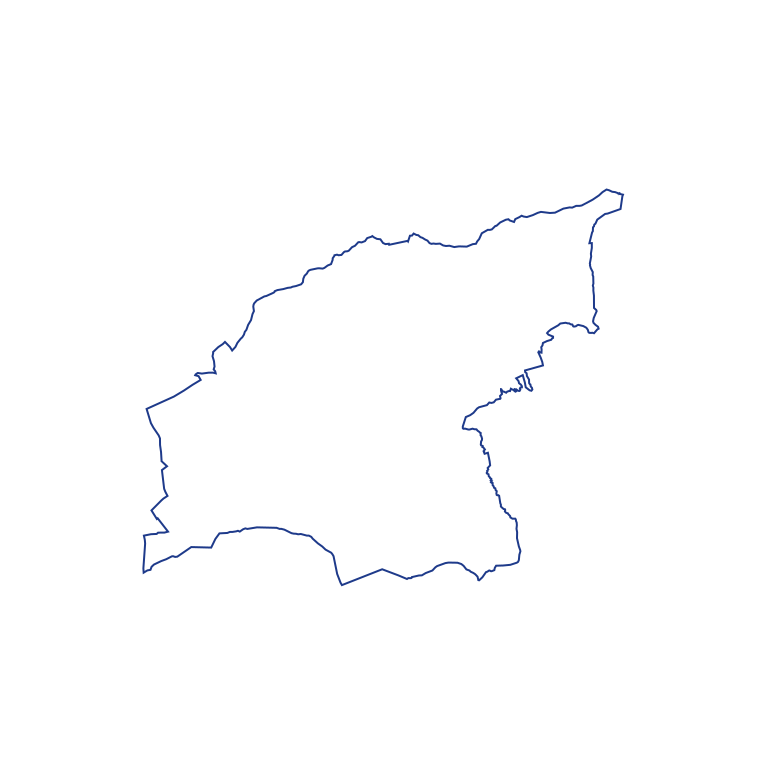 Francesti, Vâlcea, Romania, rotated 117°
{"feature_id": "2599482B2932687396004", "entity_name": "Francesti", "entity_type": "district", "adm_level": 2, "iso_a3": "ROU", "parent_name": "Romania", "parent_adm1": "Vâlcea", "projection": "albers", "projection_center": [24.139, 45.02], "detail": "fine", "context": "isolated", "style": "outline", "palette": "blue", "viewbox_px": 768, "rotation_deg": 117, "n_neighbors": 0, "source": "geoboundaries", "source_scale": "gbopen_adm2", "svg_char_len": 6166}
<svg xmlns="http://www.w3.org/2000/svg" viewBox="0 0 768 768"><g transform="rotate(117 384 384)"><path d="M661.2,512.5L657.5,510.2L655.6,507.7L652.4,508.1L649.3,507.0L642.9,502.1L639.0,498.5L633.9,494.8L633.2,493.8L632.9,491.6L631.7,489.8L616.8,481.7L608.2,463.7L598.6,463.9L591.8,462.8L587.8,455.9L585.8,454.2L584.7,452.0L582.4,448.8L581.1,447.5L581.0,445.5L577.4,443.6L575.6,442.0L575.2,440.0L569.4,432.1L560.9,414.4L560.5,411.2L559.7,409.8L559.0,406.6L558.9,398.7L558.3,396.4L557.4,394.5L556.9,392.3L555.4,390.0L554.1,383.9L553.2,382.1L553.2,379.4L554.2,377.3L556.0,370.6L556.8,365.3L558.1,360.9L558.3,354.4L559.1,352.7L560.3,350.8L574.5,339.5L580.7,332.6L582.3,330.2L549.9,301.5L548.0,284.3L547.3,275.0L545.9,274.2L544.8,271.9L544.2,271.4L543.4,271.5L538.8,266.0L537.3,263.4L533.5,261.0L528.2,256.2L524.0,255.0L522.1,254.0L515.7,248.0L513.8,245.4L509.9,237.4L509.3,233.3L509.9,230.5L511.8,226.4L511.4,223.1L511.9,221.6L511.8,218.6L512.1,216.3L513.2,213.2L515.9,210.9L515.7,210.1L511.6,208.6L505.3,207.7L504.3,206.7L502.5,205.7L502.2,205.2L502.3,203.9L501.9,203.1L499.8,201.2L497.5,201.8L495.0,201.6L491.6,195.4L487.8,189.4L482.9,184.5L481.6,183.8L479.7,183.9L474.6,185.9L471.2,186.5L470.1,187.3L467.5,190.1L461.0,195.5L455.6,198.1L452.9,200.2L449.5,201.5L447.2,202.9L446.2,204.1L444.8,205.1L444.4,206.0L445.7,208.4L445.5,210.8L444.4,211.7L443.5,214.3L443.0,214.9L443.3,216.7L442.7,218.4L441.2,218.8L440.7,219.4L441.1,220.6L440.3,223.7L440.0,224.3L438.4,225.1L437.5,226.2L431.3,230.7L431.2,231.8L431.7,232.5L431.7,233.2L430.5,234.2L428.3,234.9L427.9,236.3L426.4,237.5L426.5,238.8L425.2,240.1L424.9,241.2L422.9,242.3L423.2,243.2L423.0,244.1L421.5,243.9L421.5,245.1L420.2,245.0L419.7,245.4L419.8,246.6L419.1,247.2L418.7,248.7L417.0,249.9L417.0,251.8L416.4,252.2L415.2,252.0L414.6,252.7L412.8,252.3L411.8,253.5L408.3,252.5L404.9,254.8L398.1,260.2L400.5,262.7L398.7,264.7L398.1,264.3L397.5,264.7L396.5,264.4L395.3,267.0L395.5,267.6L394.4,268.0L394.6,269.5L394.1,270.2L391.1,271.4L389.5,271.3L388.2,271.8L386.3,273.6L385.9,274.6L383.8,275.6L383.9,276.1L383.4,277.3L383.1,279.5L382.4,281.0L383.3,283.0L383.6,284.8L385.8,287.2L386.3,288.3L387.0,291.7L387.7,292.5L387.8,293.2L387.6,293.7L386.1,294.5L376.3,296.1L372.7,293.1L369.1,291.2L363.6,289.9L361.6,288.8L356.1,282.7L352.7,281.8L352.1,279.7L350.5,277.9L347.1,277.1L344.4,273.7L343.8,273.7L342.0,275.2L339.3,274.3L336.7,276.8L335.5,277.4L335.4,277.1L336.9,274.8L336.4,274.0L336.3,271.2L334.9,270.8L333.4,269.3L333.1,268.5L330.6,268.8L330.7,266.9L330.4,266.2L331.1,264.3L331.1,263.3L330.3,262.9L330.0,265.4L329.3,265.3L329.2,264.5L328.7,263.9L329.1,261.8L328.9,260.4L328.5,260.0L327.1,260.0L326.3,260.9L325.2,260.8L324.4,259.6L323.4,260.1L322.4,261.8L322.0,264.0L320.3,265.5L318.9,268.8L313.1,264.4L318.7,259.2L322.6,256.2L323.5,251.4L323.1,249.6L321.6,249.3L320.2,250.5L319.6,252.1L318.0,253.3L318.0,253.9L317.3,255.1L314.2,256.8L312.0,260.3L309.7,261.8L309.3,263.6L307.9,264.5L295.3,250.8L292.5,253.0L289.4,256.3L285.7,260.9L284.6,260.7L285.0,259.2L284.6,257.9L281.6,259.3L279.8,260.6L277.7,260.3L275.3,261.0L271.8,258.3L268.7,255.1L267.0,254.9L266.2,254.3L265.0,254.9L265.4,259.9L264.6,261.8L262.8,261.4L259.7,260.1L252.6,255.4L250.1,254.4L247.0,250.0L246.5,247.6L245.9,246.6L246.1,244.8L245.5,243.2L246.7,241.6L246.6,240.8L245.5,239.3L243.8,238.4L243.1,237.7L241.9,232.7L242.0,229.3L243.1,227.1L245.1,225.2L245.2,224.3L244.4,222.5L243.8,221.8L243.4,219.9L238.5,218.7L237.3,217.9L235.8,219.3L235.3,222.4L234.4,225.1L233.2,226.2L230.0,227.1L222.5,227.6L221.7,228.5L220.9,231.4L209.9,237.1L205.7,239.9L203.0,241.2L201.5,242.6L199.5,243.0L193.2,246.4L192.2,247.6L189.5,248.8L186.9,252.4L184.7,254.4L184.1,254.5L183.2,255.3L176.3,257.3L174.0,258.8L168.4,260.6L164.1,262.8L165.3,264.9L154.5,267.4L153.1,267.3L149.5,268.9L148.2,268.5L146.5,269.0L145.2,268.4L140.7,268.6L132.1,264.2L130.6,262.1L120.7,252.7L108.6,256.8L106.8,257.0L107.5,259.7L107.2,260.3L107.8,260.7L107.3,261.2L108.0,261.9L107.8,262.7L108.1,265.2L109.1,267.9L109.2,271.4L109.7,274.0L113.8,276.4L118.4,278.1L125.1,281.8L135.2,288.9L136.4,290.5L138.0,293.6L141.4,296.4L142.4,298.8L146.3,303.8L153.7,309.4L156.3,313.8L159.4,322.3L161.7,324.7L166.0,328.1L170.4,332.5L171.4,335.6L171.6,337.8L173.8,339.1L177.5,341.9L180.6,341.7L181.2,346.3L180.7,347.9L182.3,350.0L187.3,353.8L192.0,355.6L192.6,356.5L197.3,358.1L198.6,359.6L199.5,361.5L205.3,365.3L211.7,365.0L214.6,365.7L217.3,365.7L219.1,368.4L224.0,372.6L227.3,379.6L230.1,383.6L231.1,388.5L232.9,391.4L233.7,394.2L233.5,397.9L235.6,401.4L236.4,403.7L237.6,405.4L237.8,407.4L236.5,410.4L236.6,413.0L236.3,416.1L236.6,418.2L235.9,421.0L236.5,422.9L236.5,425.9L239.0,426.4L240.1,428.2L246.1,427.3L245.8,428.0L257.6,442.6L256.8,443.3L258.7,446.2L258.8,448.9L256.7,452.9L257.9,456.2L257.9,459.4L257.5,461.6L258.4,462.0L261.6,465.2L265.3,465.8L268.0,468.2L268.8,470.5L269.4,471.3L274.0,472.6L276.6,474.6L281.2,475.9L282.3,476.8L283.6,478.9L284.7,479.6L288.3,480.5L289.9,482.9L290.1,484.6L291.8,486.6L292.6,486.4L295.2,486.8L296.8,486.1L301.2,485.6L304.0,488.0L307.6,489.8L309.0,491.0L310.4,494.5L311.2,495.8L315.7,501.4L316.8,502.3L318.0,502.8L320.7,502.9L323.6,503.9L326.8,503.7L330.1,502.5L332.8,503.1L336.7,506.9L338.9,509.7L340.3,510.8L342.0,513.4L345.2,516.9L348.7,521.6L350.9,523.5L352.0,523.4L353.1,524.1L359.0,528.8L360.3,530.4L367.4,535.3L371.1,536.3L372.6,536.2L374.4,535.6L378.1,533.0L381.4,532.9L387.4,531.5L393.0,531.9L398.2,531.2L400.7,531.7L403.6,531.2L406.8,531.5L408.6,532.2L413.9,533.3L418.4,533.2L423.1,534.5L421.0,538.0L418.7,544.8L421.7,545.8L426.3,548.4L433.1,550.8L434.1,550.2L437.1,549.4L440.9,545.8L445.4,542.9L448.3,542.4L449.3,540.2L450.9,538.8L451.5,541.4L453.4,545.2L457.4,551.0L458.7,554.9L459.1,555.2L461.0,556.2L461.9,556.2L461.2,552.8L463.6,549.2L471.6,554.2L480.7,559.3L490.6,565.5L514.0,584.2L524.7,573.9L527.6,569.6L532.1,561.4L534.2,558.9L540.1,555.8L545.8,551.8L553.8,547.1L555.8,540.0L561.5,542.8L577.2,532.3L579.3,529.9L582.0,526.1L586.2,528.5L588.8,529.5L602.2,533.8L607.4,525.1L606.4,524.7L613.6,509.4L616.1,512.2L619.0,517.8L620.8,518.5L623.6,523.4L628.1,529.1L631.4,526.4L634.6,524.4L657.5,514.7L661.2,512.5Z" fill="none" stroke="#1e3a8a" stroke-width="2"/></g></svg>